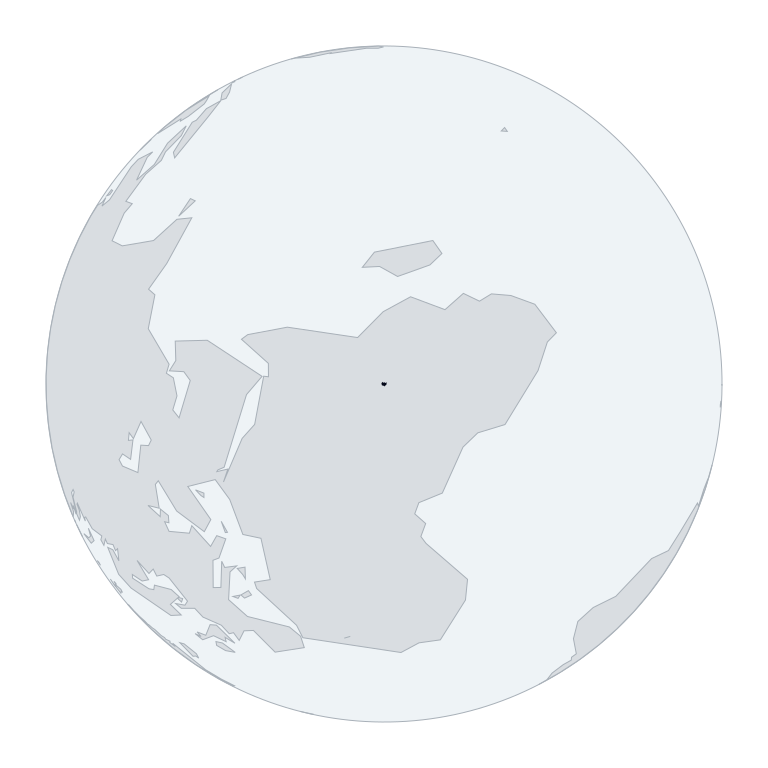 Rutana on an orthographic globe, rotated 235°
{"feature_id": "BDI-2634", "entity_name": "Rutana", "entity_type": "Province", "adm_level": 1, "iso_a3": "BDI", "parent_name": "Burundi", "parent_adm1": "", "projection": "orthographic", "projection_center": [30.114, -3.886], "detail": "fine", "context": "on_globe", "style": "filled", "palette": "ink", "viewbox_px": 768, "rotation_deg": 235, "n_neighbors": 0, "source": "natural_earth", "source_scale": "10m", "svg_char_len": 6261}
<svg xmlns="http://www.w3.org/2000/svg" viewBox="0 0 768 768"><g transform="rotate(235 384 384)"><circle cx="384" cy="384" r="338" fill="#eef3f6" stroke="#a8b0b8"/><path d="M49.1,338.8L48.3,347.8L50.8,355.9L51.3,369.8L50.4,379.0L52.6,380.9L52.7,386.8L66.7,393.1L78.3,406.6L80.9,427.2L77.1,452.1L87.5,503.1L84.4,521.5L93.0,541.9L106.7,572.5L103.6,571.6L114.2,585.4L120.4,594.7L121.0,596.1L129.4,606.2L129.6,606.4L114.4,587.8L100.6,568.1L88.3,547.5L77.4,526.1L68.1,504.0L60.4,481.3L54.3,458.1L49.9,434.5L47.1,410.6L46.1,386.7L46.8,362.7L49.1,338.8ZM188.8,659.9L189.5,660.3L190.2,660.8L188.8,659.9ZM175.3,649.5L171.9,646.0L174.0,647.5L176.9,650.3L175.3,649.5ZM689.8,240.2L694.7,251.9L694.5,257.5L696.3,263.2L691.5,255.0L692.3,264.8L706.9,301.6L709.0,311.6L706.8,327.7L705.5,320.1L692.9,298.2L695.6,321.8L705.4,344.8L708.9,370.1L703.7,360.4L699.5,338.2L694.9,329.9L692.5,309.0L681.7,277.3L676.1,281.2L673.0,269.2L657.3,243.4L647.3,248.8L633.7,277.5L637.7,308.8L630.4,321.9L607.3,275.1L596.7,245.5L588.5,247.5L564.5,222.6L523.5,219.3L517.6,211.9L509.9,215.0L493.0,207.6L483.9,196.1L473.8,196.7L498.0,227.3L508.9,227.1L517.9,215.7L522.6,226.9L538.9,237.6L521.2,264.3L460.2,288.5L454.2,265.3L407.5,205.3L408.9,198.8L408.7,198.1L408.1,196.8L403.9,207.3L395.8,196.3L420.8,236.6L425.1,254.9L459.4,289.9L456.2,293.5L467.2,301.1L502.4,292.9L502.6,300.7L486.0,337.4L437.2,389.0L443.7,424.8L440.2,455.8L409.9,476.6L412.7,501.0L397.1,509.7L396.2,523.7L383.7,538.7L362.8,553.3L327.1,554.6L324.7,541.9L306.6,517.8L281.4,459.9L290.2,432.8L287.0,412.5L261.2,369.2L266.8,344.5L260.0,334.7L245.8,338.1L237.9,326.7L229.3,327.0L176.1,340.4L160.3,326.8L142.1,283.4L151.9,264.2L154.3,243.9L222.7,172.0L236.5,174.0L289.5,162.4L296.0,164.3L289.0,178.6L328.2,194.7L341.7,182.1L377.9,191.4L402.5,190.9L412.6,164.5L372.3,164.4L366.1,152.1L398.9,141.3L434.2,143.6L432.9,139.1L411.2,128.6L419.9,121.0L403.7,124.6L409.8,129.1L399.9,131.9L393.7,128.2L397.0,125.3L386.6,123.4L373.4,139.0L378.2,145.3L350.4,148.8L355.7,160.0L347.9,165.6L336.1,149.0L337.7,142.8L315.2,127.3L310.9,133.7L331.9,149.4L325.1,148.3L319.5,159.0L318.4,150.1L296.5,133.0L271.9,138.8L239.3,167.1L225.2,171.0L213.8,167.5L226.8,141.0L257.0,135.7L262.1,127.8L257.0,118.3L266.6,118.1L268.2,114.0L279.7,112.4L296.9,102.0L308.8,100.3L316.5,89.3L323.7,87.4L317.0,94.1L318.8,98.5L348.3,96.7L354.3,94.3L357.0,87.7L364.8,88.8L363.6,82.8L381.1,80.5L358.7,78.9L361.3,72.9L372.3,68.6L369.1,66.7L351.1,74.0L347.6,77.5L350.9,80.6L337.7,91.8L327.3,94.2L326.0,82.6L311.1,85.4L316.6,76.7L361.9,59.8L380.3,57.5L408.6,64.0L403.8,66.8L391.2,65.4L401.9,71.3L401.5,68.5L407.9,69.9L412.0,65.9L416.8,66.8L412.5,62.0L418.8,62.7L421.4,65.7L432.8,62.0L446.2,63.4L446.5,62.3L443.0,60.7L462.3,64.5L461.7,63.6L455.1,61.9L449.5,59.2L447.1,56.4L454.0,57.8L455.7,59.0L469.7,64.4L473.3,68.3L475.9,68.8L474.3,65.8L457.3,59.0L454.0,57.1L462.8,59.8L459.4,58.6L459.8,58.2L466.7,59.3L457.3,56.4L453.6,53.3L476.9,59.1L499.7,66.5L522.0,75.5L543.5,86.1L564.3,98.2L584.1,111.7L603.0,126.6L620.7,142.8L637.2,160.2L652.5,178.8L666.3,198.3L678.8,218.9L689.8,240.2ZM198.6,205.7L196.6,211.6L198.6,205.7ZM471.6,161.2L492.7,163.5L483.0,147.4L490.3,147.3L484.4,142.3L482.2,146.3L467.6,133.2L476.7,129.7L474.0,123.6L466.8,122.7L452.6,131.6L473.4,149.7L468.6,155.8L471.6,161.2ZM164.0,127.5L161.4,129.8L153.7,137.0L157.9,132.9L153.8,136.7L154.0,136.4L164.0,127.5ZM265.9,97.0L269.4,98.6L264.5,103.1L249.5,108.2L256.5,101.3L265.9,97.0ZM275.6,100.0L278.5,88.8L287.9,86.1L282.1,89.3L288.1,88.7L280.4,93.9L286.6,103.5L282.6,108.4L257.1,113.2L267.6,108.5L263.5,106.9L275.6,100.0ZM269.1,73.8L270.5,71.4L289.2,68.4L285.8,71.2L270.6,75.6L265.7,75.0L269.1,73.8ZM343.9,48.5L349.6,48.2L339.7,49.3L341.1,49.2L333.6,50.5L326.9,52.1L322.6,52.7L321.9,53.2L316.9,54.4L314.5,55.4L305.8,57.2L302.1,58.8L300.1,58.8L296.0,61.2L295.1,60.3L288.7,62.5L292.9,62.2L252.2,74.0L235.7,81.4L222.5,88.5L222.8,87.3L235.4,80.5L237.5,79.5L263.1,68.5L289.4,59.6L316.5,52.9L343.9,48.5ZM350.5,47.7L350.8,47.7L345.1,48.3L350.5,47.7ZM303.9,158.7L309.0,159.0L317.1,158.0L313.7,165.1L303.9,158.7ZM288.6,147.0L293.3,145.8L292.5,154.4L287.2,154.5L288.6,147.0ZM296.6,138.4L293.6,145.1L292.1,141.5L296.6,138.4ZM321.5,93.1L326.6,92.0L326.8,93.4L323.7,96.0L321.5,93.1ZM366.7,50.7L363.2,50.2L364.9,49.9L363.6,48.5L370.7,48.1L374.4,48.8L366.7,50.7ZM405.4,168.9L397.9,173.9L394.3,171.4L397.6,170.1L405.4,168.9ZM353.3,168.8L364.9,171.9L352.3,170.7L353.3,168.8ZM374.3,50.0L372.9,49.3L377.3,49.6L374.3,50.0ZM375.9,47.8L381.2,48.0L371.5,47.9L375.9,47.8ZM524.0,625.2L524.9,629.9L520.2,629.9L524.0,625.2ZM497.5,451.8L473.5,506.3L457.7,506.3L455.2,489.9L464.3,456.8L482.8,447.8L492.0,433.2L497.5,451.8ZM717.2,439.5L716.8,442.6L716.5,444.2L717.2,439.5ZM717.8,432.4L718.0,434.6L717.2,435.6L717.8,432.4ZM718.0,435.6L717.9,435.6L718.0,435.1L718.0,435.6ZM717.3,431.3L711.7,424.9L708.5,418.4L710.1,413.1L715.3,418.3L717.3,431.3ZM709.7,412.8L703.7,393.1L689.3,342.2L694.6,344.4L708.4,377.0L707.7,381.6L711.4,396.5L709.7,412.8ZM721.2,391.3L720.3,406.0L718.0,401.3L716.5,397.3L715.5,377.1L716.1,368.0L717.6,369.6L719.0,342.1L720.4,351.9L721.0,363.9L721.8,378.2L721.2,391.3ZM639.2,312.0L646.9,331.8L642.3,334.4L639.2,312.0ZM716.4,323.4L717.9,333.8L715.5,318.4L716.4,323.4ZM699.5,272.3L698.1,272.7L696.4,267.9L697.2,264.8L699.5,272.3ZM433.6,52.3L427.4,54.0L427.7,56.4L435.4,59.1L422.0,56.7L421.5,52.9L433.6,52.3ZM450.2,52.6L447.2,52.0L450.2,52.6ZM442.5,51.2L444.9,51.6L433.6,49.8L431.6,49.4L442.5,51.2ZM403.9,47.8L401.6,48.2L398.1,47.8L403.9,47.8ZM663.9,573.4L660.4,577.0L662.4,571.8L669.1,562.2L685.3,530.0L685.4,531.3L694.3,510.5L702.1,497.8L703.4,494.4L692.5,521.9L679.3,548.2L663.9,573.4ZM720.5,415.2L720.3,416.6L720.4,415.3L721.4,399.9L721.9,383.0L721.9,381.4L720.5,415.2Z" fill="#d9dde1" stroke="#a8b0b8" stroke-width="1"/><path d="M385.5,382.9L385.5,383.0L385.6,383.3L385.3,383.3L385.2,383.4L384.9,383.8L384.6,384.1L384.6,384.3L384.5,384.7L384.4,384.9L384.2,385.0L383.6,385.1L383.3,385.2L383.1,385.4L383.1,385.5L382.9,385.3L382.8,385.2L382.7,385.1L382.7,384.9L382.7,384.6L382.7,384.4L382.9,384.0L382.9,383.9L382.8,383.7L383.0,383.7L383.3,383.2L383.6,382.9L383.8,382.8L383.9,382.7L384.1,382.5L384.3,382.7L384.7,382.5L385.0,382.7L385.2,382.8L385.3,382.8L385.5,382.9L385.5,382.9Z" fill="#0f172a" stroke="#020617" stroke-width="1.5"/></g></svg>